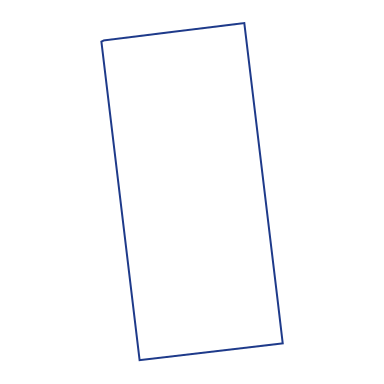 Edmunds, South Dakota, United States of America (Natural Earth projection), rotated 263°
{"feature_id": "52423323B63340184884182", "entity_name": "Edmunds", "entity_type": "district", "adm_level": 2, "iso_a3": "USA", "parent_name": "United States of America", "parent_adm1": "South Dakota", "projection": "natural_earth1", "projection_center": [-99.076, 45.419], "detail": "fine", "context": "isolated", "style": "outline", "palette": "blue", "viewbox_px": 384, "rotation_deg": 263, "n_neighbors": 0, "source": "geoboundaries", "source_scale": "gbopen_adm2", "svg_char_len": 259}
<svg xmlns="http://www.w3.org/2000/svg" viewBox="0 0 384 384"><g transform="rotate(263 192 192)"><path d="M353.3,264.5L353.3,192.4L353.2,123.1L352.3,120.4L31.5,119.5L30.7,263.6L75.0,263.8L353.3,264.5Z" fill="none" stroke="#1e3a8a" stroke-width="2"/></g></svg>